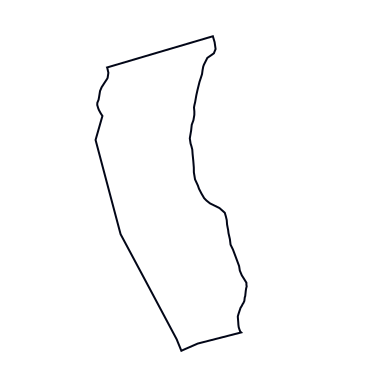 Fond Berange, Laborie, Saint Lucia (Equal Earth projection), rotated 156°
{"feature_id": "8701671B1991093639025", "entity_name": "Fond Berange", "entity_type": "district", "adm_level": 2, "iso_a3": "LCA", "parent_name": "Saint Lucia", "parent_adm1": "Laborie", "projection": "equal_earth", "projection_center": [-61.005, 13.783], "detail": "fine", "context": "isolated", "style": "outline", "palette": "ink", "viewbox_px": 384, "rotation_deg": 156, "n_neighbors": 0, "source": "geoboundaries", "source_scale": "gbopen_adm2", "svg_char_len": 1456}
<svg xmlns="http://www.w3.org/2000/svg" viewBox="0 0 384 384"><g transform="rotate(156 192 192)"><path d="M174.4,142.8L174.1,144.2L173.2,148.0L171.7,152.2L171.0,155.9L170.5,159.7L173.4,166.1L180.2,174.3L182.3,178.4L183.4,181.4L184.0,186.8L184.3,192.2L184.0,195.4L184.1,202.3L182.3,209.2L180.4,213.6L178.2,219.8L176.0,226.5L174.5,230.6L173.9,234.1L173.6,236.8L172.2,241.9L167.8,248.5L164.9,253.5L161.5,257.0L158.5,261.5L157.1,264.6L155.8,268.4L154.3,270.6L152.6,272.8L151.4,274.6L148.7,278.6L145.6,282.8L140.3,289.6L137.2,293.0L134.9,295.6L132.8,299.0L130.8,301.9L129.4,303.4L123.4,308.3L115.6,309.8L114.4,311.0L112.3,313.0L110.4,319.7L109.6,325.8L218.9,340.3L218.9,340.0L219.3,337.9L219.7,336.0L219.9,334.9L222.6,330.7L223.2,330.1L227.6,327.3L227.9,327.1L232.2,324.3L232.4,324.0L234.9,321.7L238.1,316.8L239.8,314.3L242.2,312.0L243.2,310.0L243.3,309.1L243.6,306.8L243.7,304.8L243.4,301.0L242.9,297.9L258.9,278.8L259.0,278.3L267.2,227.4L274.4,182.5L270.6,130.0L265.9,63.5L266.0,61.3L266.3,51.3L262.1,51.3L248.4,51.2L218.3,46.1L204.2,43.7L204.7,45.0L204.7,45.3L204.5,48.0L204.3,49.6L203.6,51.9L202.8,54.0L201.0,59.1L200.7,59.8L199.0,61.8L194.8,66.4L193.0,67.6L191.3,69.0L190.3,69.6L188.5,71.2L186.7,74.2L185.7,75.3L183.1,79.8L181.9,81.7L180.4,83.6L180.1,84.9L179.2,87.0L179.8,91.5L180.4,95.6L180.3,100.7L179.1,105.2L178.8,109.9L178.5,114.4L178.0,122.8L178.2,128.2L176.6,133.4L175.4,139.5L174.4,142.8Z" fill="none" stroke="#020617" stroke-width="2"/></g></svg>